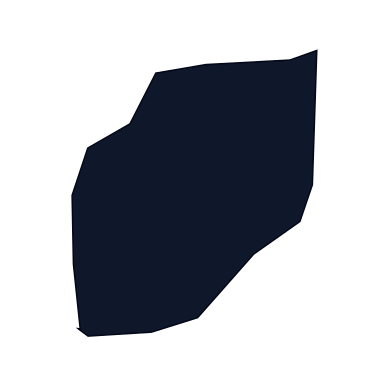 outline of Partille, Västra Götaland, Sweden, rotated 7°
{"feature_id": "70781695B82968096890663", "entity_name": "Partille", "entity_type": "district", "adm_level": 2, "iso_a3": "SWE", "parent_name": "Sweden", "parent_adm1": "Västra Götaland", "projection": "orthographic", "projection_center": [12.147, 57.742], "detail": "fine", "context": "isolated", "style": "filled", "palette": "ink", "viewbox_px": 384, "rotation_deg": 7, "n_neighbors": 0, "source": "geoboundaries", "source_scale": "gbopen_adm2", "svg_char_len": 386}
<svg xmlns="http://www.w3.org/2000/svg" viewBox="0 0 384 384"><g transform="rotate(7 192 192)"><path d="M95.6,341.5L96.2,341.9L106.4,347.7L168.9,336.0L212.9,316.0L260.8,246.1L302.7,208.1L306.6,189.3L310.6,170.2L298.6,36.3L273.1,49.1L190.3,63.8L141.6,78.4L122.1,131.9L83.2,161.1L73.4,209.9L83.1,278.1L97.7,341.5L95.6,341.5Z" fill="#0f172a" stroke="#020617" stroke-width="1.5"/></g></svg>